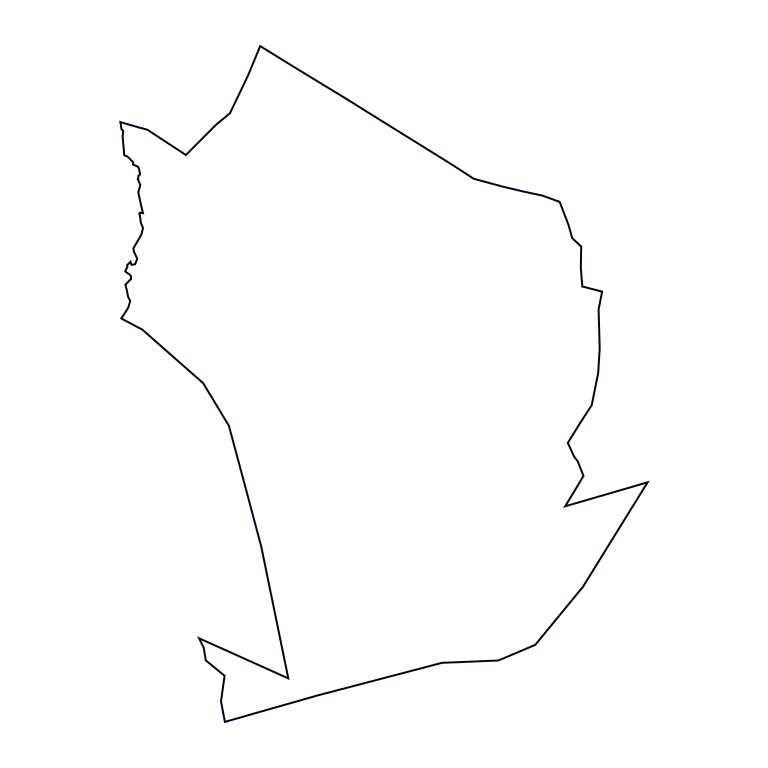 Yaxe, Oaxaca, Mexico (Albers equal-area conic projection)
{"feature_id": "50627088B44296897282663", "entity_name": "Yaxe", "entity_type": "district", "adm_level": 2, "iso_a3": "MEX", "parent_name": "Mexico", "parent_adm1": "Oaxaca", "projection": "albers", "projection_center": [-96.466, 16.708], "detail": "fine", "context": "isolated", "style": "outline", "palette": "ink", "viewbox_px": 768, "rotation_deg": 0, "n_neighbors": 0, "source": "geoboundaries", "source_scale": "gbopen_adm2", "svg_char_len": 1599}
<svg xmlns="http://www.w3.org/2000/svg" viewBox="0 0 768 768"><path d="M647.6,482.3L565.2,506.3L577.8,485.5L583.5,475.9L577.7,461.3L574.2,456.7L567.8,442.9L580.9,421.8L591.7,405.3L598.2,372.9L599.7,348.3L598.6,309.5L602.1,291.6L582.3,286.5L580.8,267.5L581.2,246.5L572.2,238.1L568.6,225.2L559.7,201.9L542.4,195.6L523.7,191.6L503.0,186.7L492.3,183.8L473.6,178.7L453.7,165.7L365.9,111.1L348.5,100.2L322.2,84.2L295.0,67.6L260.2,46.1L248.2,75.1L231.0,111.1L230.0,113.2L216.0,124.8L185.9,155.0L147.3,129.7L139.2,127.5L137.4,127.0L126.5,123.9L120.4,122.1L121.5,129.2L123.2,130.9L123.0,133.9L122.6,135.9L122.7,137.7L124.1,153.2L124.1,154.2L124.4,155.3L127.7,156.7L133.2,162.2L133.1,164.6L137.9,166.7L139.0,168.8L140.1,174.4L138.3,176.0L138.2,177.3L138.3,178.6L137.7,179.1L137.8,179.3L138.0,179.5L140.3,185.1L139.1,189.4L138.3,192.3L139.8,199.4L142.2,210.1L143.0,213.2L139.9,212.7L139.3,213.4L140.1,216.5L140.1,216.9L140.9,223.0L143.0,227.9L141.5,234.4L134.1,247.1L133.4,248.4L133.6,249.7L133.7,251.1L137.3,258.9L135.1,264.2L133.4,264.6L131.4,264.7L130.5,261.8L128.8,263.5L127.2,265.0L127.3,267.1L125.2,271.2L126.7,272.6L129.6,274.5L130.8,275.9L131.0,276.8L131.0,279.2L129.7,280.2L125.4,284.8L126.8,290.0L128.1,296.8L130.2,301.0L128.3,307.6L124.3,314.0L121.3,318.3L122.0,318.9L142.3,329.6L192.4,373.7L192.6,373.9L203.2,383.2L228.9,425.8L244.4,483.4L261.3,546.8L288.3,678.4L199.1,638.3L203.7,647.7L205.8,660.4L224.6,675.8L221.0,701.4L224.9,721.9L259.4,712.0L317.7,695.4L407.0,672.0L442.0,662.8L455.3,662.3L498.3,660.5L535.2,644.9L582.9,586.9L647.6,482.3Z" fill="none" stroke="#020617" stroke-width="2"/></svg>